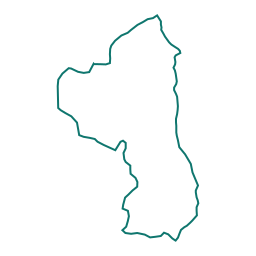 Uljin-gun, Gangwon, South Korea (Albers equal-area conic projection)
{"feature_id": "91817680B88731995383072", "entity_name": "Uljin-gun", "entity_type": "district", "adm_level": 2, "iso_a3": "KOR", "parent_name": "South Korea", "parent_adm1": "Gangwon", "projection": "albers", "projection_center": [129.325, 36.894], "detail": "fine", "context": "isolated", "style": "outline", "palette": "teal", "viewbox_px": 256, "rotation_deg": 0, "n_neighbors": 0, "source": "geoboundaries", "source_scale": "gbopen_adm2", "svg_char_len": 1613}
<svg xmlns="http://www.w3.org/2000/svg" viewBox="0 0 256 256"><path d="M93.6,63.8L89.2,72.1L83.7,72.9L78.0,71.8L71.1,68.5L68.7,68.2L62.4,73.6L58.3,79.6L57.7,86.2L58.2,108.0L60.7,110.2L65.3,113.0L71.3,116.3L77.0,122.6L79.2,135.1L80.7,135.7L83.6,136.8L89.9,137.9L94.8,139.0L97.5,141.7L103.8,145.0L115.3,150.2L120.5,141.8L123.0,140.7L125.7,142.9L125.7,148.3L123.5,153.0L124.3,159.3L125.7,162.0L130.3,165.6L130.3,169.4L130.6,173.8L135.5,177.9L137.4,182.0L137.2,186.7L132.5,190.5L128.4,194.6L125.1,197.6L123.2,204.7L122.6,208.6L127.9,210.8L128.9,216.2L127.8,221.2L126.2,226.7L122.4,230.2L125.4,233.0L131.1,233.8L137.2,233.0L144.8,234.6L150.1,237.4L155.3,236.8L160.8,236.0L164.0,232.7L168.2,234.3L172.3,238.4L175.4,240.5L175.6,240.6L178.0,237.6L179.4,233.8L181.0,229.9L184.3,227.2L186.8,225.8L190.1,222.8L192.3,220.6L194.5,218.1L196.9,215.4L196.6,210.7L196.6,207.2L198.3,203.3L197.7,200.3L196.6,197.3L195.8,192.4L195.8,190.5L198.0,185.5L192.5,172.4L190.8,163.9L185.1,154.3L179.3,147.2L177.9,140.1L176.8,135.7L176.3,132.5L176.3,125.9L176.0,122.3L176.0,118.8L177.1,114.1L177.6,110.3L177.9,106.2L177.1,96.7L176.0,93.9L174.1,90.1L174.1,87.6L176.2,84.1L176.8,81.4L175.7,73.7L174.9,70.4L173.5,67.7L175.1,64.4L175.4,62.0L174.6,57.3L175.7,55.4L180.3,53.0L179.8,50.8L178.1,48.9L175.1,47.0L171.3,44.5L169.1,42.3L165.0,36.6L163.4,33.6L161.2,29.8L161.5,27.4L160.9,24.6L160.9,21.4L157.1,15.4L153.0,18.1L147.6,19.2L143.2,21.9L137.5,24.9L131.2,29.8L127.7,32.8L121.4,35.5L115.1,40.7L111.3,45.6L110.2,48.9L109.9,54.3L110.2,58.4L109.9,63.1L105.8,64.4L100.4,64.2L93.8,64.1L93.6,63.8Z" fill="none" stroke="#0f766e" stroke-width="2"/></svg>